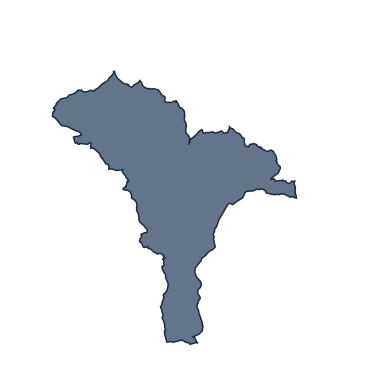 outline of Valisoara, Hunedoara, Romania, rotated 157°
{"feature_id": "2599482B24491913052778", "entity_name": "Valisoara", "entity_type": "district", "adm_level": 2, "iso_a3": "ROU", "parent_name": "Romania", "parent_adm1": "Hunedoara", "projection": "mercator", "projection_center": [22.814, 46.034], "detail": "fine", "context": "isolated", "style": "filled", "palette": "slate", "viewbox_px": 384, "rotation_deg": 157, "n_neighbors": 0, "source": "geoboundaries", "source_scale": "gbopen_adm2", "svg_char_len": 6085}
<svg xmlns="http://www.w3.org/2000/svg" viewBox="0 0 384 384"><g transform="rotate(157 192 192)"><path d="M171.0,282.8L171.1,280.9L171.5,280.9L171.3,281.1L171.8,282.0L173.0,282.8L176.1,282.3L177.4,283.2L180.1,284.3L181.0,285.2L181.4,286.6L181.3,287.5L180.0,289.1L179.7,289.8L180.3,291.2L181.6,292.2L183.0,298.9L184.4,300.2L186.8,302.0L187.5,302.3L188.6,302.3L191.2,304.1L192.0,304.2L194.3,306.1L195.6,308.5L195.8,310.1L195.7,312.4L196.4,315.0L198.6,313.8L204.0,313.1L206.0,311.8L207.2,312.7L209.3,315.2L208.6,315.7L209.2,316.4L211.7,317.9L213.1,319.6L216.2,325.9L216.7,330.0L216.2,333.5L217.2,333.6L217.3,332.9L218.5,331.5L220.5,330.4L223.4,329.5L226.3,327.4L232.0,326.6L234.3,325.9L234.2,325.6L234.6,325.4L238.3,324.4L241.2,324.1L241.8,323.5L242.5,323.4L243.9,323.7L244.7,324.9L246.1,325.4L248.8,325.2L250.3,325.5L252.9,326.8L253.3,327.1L253.8,329.1L255.1,329.0L256.2,329.9L257.4,330.3L259.4,329.3L261.6,328.8L263.7,328.7L267.3,329.2L270.7,327.7L276.2,329.0L278.8,327.8L281.1,327.2L281.8,326.5L282.6,326.2L283.0,325.4L283.8,324.8L286.8,323.2L285.7,321.2L288.4,320.0L289.1,319.2L290.9,316.3L289.0,313.6L286.4,304.9L285.9,304.0L280.9,300.7L277.5,296.5L274.1,292.9L273.1,292.4L272.3,291.2L271.3,288.1L271.7,287.6L275.6,287.9L277.5,288.6L279.7,288.8L280.4,282.9L280.2,282.5L278.4,282.2L278.4,280.9L278.0,280.4L276.8,280.0L276.3,280.5L269.2,276.6L267.2,277.5L265.8,276.2L266.2,275.4L267.2,274.4L267.7,273.4L267.5,273.2L268.0,271.6L267.0,271.7L265.9,271.0L263.8,267.5L263.0,265.4L262.4,264.4L262.1,262.1L262.2,260.4L262.0,259.0L261.7,258.1L261.4,258.1L260.4,251.9L259.0,250.5L258.8,250.5L258.3,248.9L258.4,247.8L259.3,246.6L259.7,245.4L258.5,245.3L256.8,244.5L252.7,241.0L246.9,239.7L248.0,238.6L248.2,237.6L247.6,234.9L246.8,232.9L247.0,231.5L245.9,227.3L246.1,226.7L247.1,227.2L248.4,226.1L249.1,224.8L250.1,223.9L250.4,222.7L251.3,222.9L251.4,222.6L253.6,222.3L254.4,221.5L254.0,220.7L251.4,219.2L250.2,218.3L249.0,216.6L248.8,214.1L249.0,212.2L249.0,211.8L250.0,210.3L250.0,210.0L248.0,207.0L247.2,204.7L247.9,201.0L249.0,199.7L249.2,198.4L250.3,196.6L250.3,196.0L249.9,194.3L250.2,191.0L250.5,190.0L251.6,187.7L251.7,186.0L251.7,184.6L250.2,181.3L249.5,180.2L249.0,177.8L248.2,176.1L248.1,174.2L249.3,172.4L252.4,173.1L253.4,172.8L255.2,173.0L255.9,171.9L256.1,169.9L257.5,169.5L259.2,168.1L259.5,166.4L259.3,165.8L258.2,165.0L258.5,162.0L258.3,160.3L256.8,159.3L254.0,159.1L254.4,156.9L253.0,156.7L250.7,151.7L249.6,150.7L249.1,149.7L248.0,148.4L247.1,148.5L244.9,147.7L243.5,146.0L243.1,145.2L243.5,145.1L243.4,143.6L243.2,143.6L242.6,141.8L245.0,142.0L245.1,141.7L245.1,139.2L246.3,136.0L246.8,135.3L247.9,135.5L249.2,134.4L249.4,131.2L249.2,129.2L249.3,129.0L249.2,128.9L249.3,128.4L248.6,128.1L248.6,127.3L248.7,126.1L249.7,123.9L249.8,117.1L250.0,116.4L251.8,113.3L253.6,111.1L256.1,109.7L257.8,109.1L258.6,108.4L258.9,107.9L259.0,106.7L259.4,105.4L262.8,101.9L263.6,100.3L265.8,98.8L266.0,95.3L266.6,92.2L266.5,90.9L266.8,90.2L266.7,89.8L266.9,89.2L268.1,88.7L268.8,87.9L268.5,84.5L268.8,81.8L269.1,81.0L269.2,79.8L270.1,77.7L270.2,75.3L271.6,74.9L272.8,71.4L273.8,63.5L272.5,63.4L270.2,62.7L269.2,62.1L268.6,61.3L263.7,60.3L261.4,60.2L258.8,59.3L257.4,57.7L256.4,56.1L254.9,54.9L254.0,54.4L253.6,54.0L253.4,52.5L247.7,52.0L246.5,51.5L245.9,50.4L246.5,55.8L246.3,57.2L246.8,57.8L247.6,58.0L247.9,58.4L244.3,58.2L240.8,58.5L237.1,60.1L236.5,60.7L234.4,64.1L234.8,65.0L234.0,65.7L234.0,66.0L234.3,66.3L233.6,67.7L233.9,68.8L233.3,69.9L233.6,72.0L232.9,73.0L233.4,74.2L232.9,75.8L233.0,76.8L232.8,79.1L232.3,79.9L232.3,82.0L232.7,82.8L232.0,85.1L231.0,86.4L229.8,87.4L227.6,90.1L226.1,90.7L225.8,91.3L225.7,92.8L226.3,95.6L225.5,98.3L225.1,99.0L224.2,99.9L222.0,100.7L220.6,101.8L219.5,103.3L219.1,105.2L219.2,106.5L220.3,109.8L221.0,111.3L221.1,113.6L220.7,117.3L218.4,121.1L210.5,125.2L209.3,126.6L208.3,127.4L204.4,128.2L201.4,129.9L198.2,130.8L196.5,130.7L192.5,132.0L191.8,132.9L191.7,135.0L190.9,138.1L190.9,139.4L190.2,141.0L189.5,141.5L188.7,145.3L187.7,145.9L186.7,146.9L185.5,149.0L183.1,150.4L180.1,153.6L178.5,155.6L164.4,166.2L162.4,167.0L161.4,166.7L159.6,164.7L158.8,164.6L154.5,165.8L148.4,166.7L147.6,166.9L146.4,167.8L143.4,170.7L141.4,171.3L139.7,170.5L137.9,170.2L136.0,169.3L133.7,169.1L132.1,169.3L131.3,169.1L128.4,167.7L127.2,167.9L125.8,166.8L124.2,164.9L124.0,163.3L124.2,162.4L120.8,159.6L116.8,157.1L114.4,156.6L112.9,155.5L111.6,155.5L109.6,155.0L107.8,153.8L103.8,149.1L102.8,148.6L101.9,148.7L100.9,148.3L100.1,147.0L98.3,145.6L97.7,147.1L97.5,150.4L97.1,151.0L96.4,153.4L94.8,156.3L95.1,157.1L94.8,157.8L94.8,159.8L93.1,161.9L94.5,162.1L95.3,162.8L96.2,163.0L98.5,161.8L99.3,162.0L101.2,163.5L101.4,163.9L101.4,165.4L101.9,165.8L104.3,166.6L104.3,166.9L103.8,167.4L104.6,167.7L105.2,167.6L106.2,168.1L111.0,169.4L111.3,169.7L111.4,170.2L111.0,170.8L111.2,171.9L113.8,172.5L114.2,173.1L110.3,174.6L105.2,175.7L101.4,179.4L101.0,180.5L101.0,181.5L101.9,182.4L102.6,185.8L102.0,186.8L102.1,187.6L102.5,188.1L101.7,188.2L101.3,188.7L100.6,192.8L101.1,194.9L101.3,197.7L101.8,197.9L102.3,199.1L102.8,199.6L106.0,199.9L107.7,200.6L108.8,202.1L109.3,203.0L110.1,203.4L110.9,204.9L110.7,205.7L111.7,205.8L111.6,206.6L112.7,206.7L112.8,207.6L113.4,208.0L114.0,209.1L114.2,209.6L113.9,210.2L115.9,212.3L120.3,213.2L122.3,211.5L124.7,213.5L124.8,213.9L124.5,216.5L123.8,219.2L123.2,220.2L123.3,221.4L124.5,222.7L125.0,225.6L125.5,227.0L127.5,228.9L128.0,229.8L128.6,230.5L129.6,233.9L131.8,236.2L132.1,237.3L133.0,235.5L134.4,234.7L135.7,233.0L139.4,233.5L140.0,234.3L140.5,235.9L140.9,236.5L141.4,236.8L143.6,236.7L147.3,237.0L147.7,237.2L148.8,238.8L149.6,239.3L153.1,240.1L156.0,241.3L157.5,241.3L158.5,241.7L158.9,242.3L158.3,244.1L158.4,245.2L158.6,245.7L161.1,245.3L163.9,244.1L165.1,243.2L166.2,243.1L168.4,242.1L172.1,241.4L173.1,240.7L175.9,237.4L176.3,237.5L174.9,239.1L173.4,242.0L173.1,243.3L173.2,245.1L174.4,248.6L174.4,249.5L172.5,253.4L171.5,254.4L171.1,255.9L170.7,258.4L171.1,261.2L169.6,263.8L168.3,266.7L167.7,268.7L167.7,270.3L168.6,273.0L170.4,274.8L170.3,278.7L171.0,282.8Z" fill="#64748b" stroke="#1e293b" stroke-width="1.5"/></g></svg>